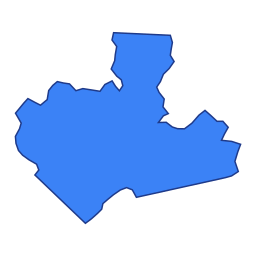 the district of Riachuelo, Sergipe, Brazil
{"feature_id": "56859067B56389210509313", "entity_name": "Riachuelo", "entity_type": "district", "adm_level": 2, "iso_a3": "BRA", "parent_name": "Brazil", "parent_adm1": "Sergipe", "projection": "albers", "projection_center": [-37.223, -10.727], "detail": "fine", "context": "isolated", "style": "filled", "palette": "blue", "viewbox_px": 256, "rotation_deg": 0, "n_neighbors": 0, "source": "geoboundaries", "source_scale": "gbopen_adm2", "svg_char_len": 1089}
<svg xmlns="http://www.w3.org/2000/svg" viewBox="0 0 256 256"><path d="M85.4,223.3L91.3,218.9L97.6,213.3L101.7,209.2L102.9,203.6L108.0,199.2L113.5,194.7L120.3,190.0L126.6,187.6L132.3,189.8L136.4,197.3L225.5,177.6L231.6,175.9L238.3,171.5L234.9,161.4L237.8,151.8L240.6,144.3L231.7,141.4L221.5,140.3L224.4,134.1L228.2,127.3L222.9,121.3L217.0,121.3L210.8,115.5L205.0,110.4L199.0,115.1L192.0,123.1L184.5,128.8L177.6,128.7L172.3,127.0L166.2,122.3L158.4,122.5L163.4,115.8L168.3,113.6L163.0,106.9L164.2,99.0L159.1,92.5L156.7,87.1L160.4,81.6L163.4,74.2L169.1,68.6L174.1,61.5L170.3,55.3L171.2,49.2L172.4,42.5L170.3,35.3L113.6,32.7L112.0,40.0L116.7,46.5L115.3,54.5L114.7,60.7L111.2,69.0L116.8,76.2L121.3,79.8L122.8,85.7L119.4,90.8L115.5,86.3L112.1,80.9L104.9,84.5L100.0,91.3L91.3,89.9L82.8,88.6L75.9,90.7L69.5,83.9L63.4,83.0L57.3,81.6L52.8,85.4L48.7,90.5L47.2,99.6L40.5,105.2L34.8,102.3L27.9,98.6L23.8,103.1L15.5,113.2L21.2,123.1L19.5,128.8L15.4,136.4L16.0,143.4L18.5,150.5L22.6,155.2L28.8,159.7L36.6,164.2L38.8,170.0L34.9,175.0L85.4,223.3Z" fill="#3b82f6" stroke="#1e3a8a" stroke-width="1.5"/></svg>